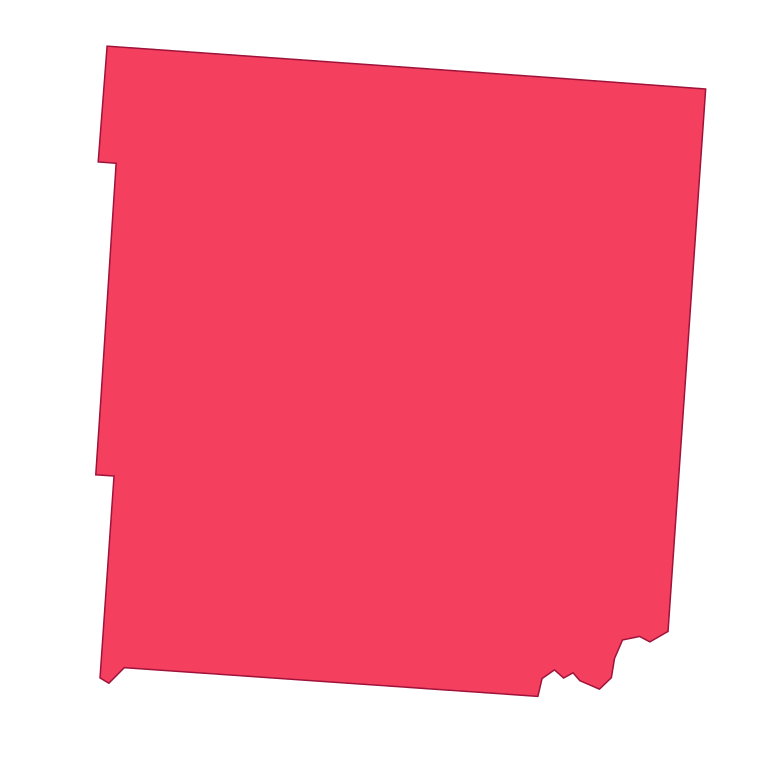 the district of Oglala Lakota, South Dakota, United States of America, rotated 184°
{"feature_id": "52423323B93521061144521", "entity_name": "Oglala Lakota", "entity_type": "district", "adm_level": 2, "iso_a3": "USA", "parent_name": "United States of America", "parent_adm1": "South Dakota", "projection": "mercator", "projection_center": [-102.605, 43.353], "detail": "fine", "context": "isolated", "style": "filled", "palette": "rose", "viewbox_px": 768, "rotation_deg": 184, "n_neighbors": 0, "source": "geoboundaries", "source_scale": "gbopen_adm2", "svg_char_len": 498}
<svg xmlns="http://www.w3.org/2000/svg" viewBox="0 0 768 768"><g transform="rotate(184 384 384)"><path d="M83.5,273.3L83.7,700.7L220.0,701.2L419.2,701.5L449.8,701.5L683.8,701.7L684.6,585.6L666.6,585.5L665.4,351.5L665.2,273.3L646.9,273.4L646.8,71.0L637.6,66.3L623.3,82.9L208.7,83.1L205.8,101.2L194.0,110.7L184.3,103.2L175.3,109.1L167.9,101.7L147.8,94.6L136.7,106.9L134.9,126.2L128.2,145.3L111.4,150.0L100.8,145.3L83.4,157.0L83.5,273.3Z" fill="#f43f5e" stroke="#9f1239" stroke-width="1.5"/></g></svg>